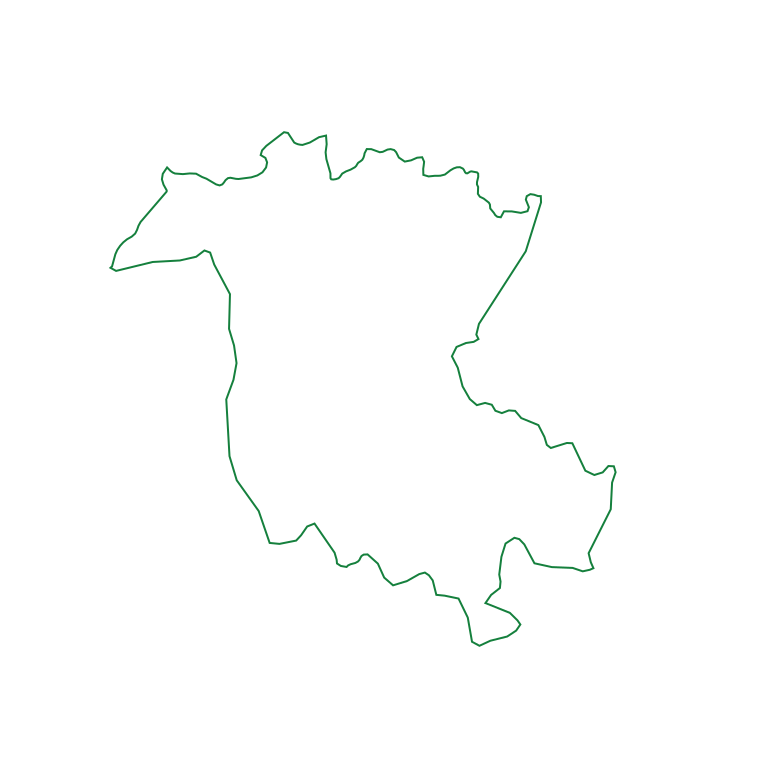 the border of Kermanshah, rotated 69°
{"feature_id": "IRN-3239", "entity_name": "Kermanshah", "entity_type": "Province", "adm_level": 1, "iso_a3": "IRN", "parent_name": "Iran", "parent_adm1": "", "projection": "orthographic", "projection_center": [46.364, 34.459], "detail": "fine", "context": "isolated", "style": "outline", "palette": "green", "viewbox_px": 768, "rotation_deg": 69, "n_neighbors": 0, "source": "natural_earth", "source_scale": "10m", "svg_char_len": 3117}
<svg xmlns="http://www.w3.org/2000/svg" viewBox="0 0 768 768"><g transform="rotate(69 384 384)"><path d="M262.7,185.5L259.8,183.4L259.2,179.3L261.1,176.0L263.7,172.9L264.8,170.3L270.7,172.3L310.9,204.1L361.9,273.8L371.0,280.1L375.9,279.7L376.8,285.2L375.1,292.8L375.4,303.0L382.5,310.7L395.2,309.3L414.4,311.5L428.8,309.3L437.0,304.9L437.9,296.4L442.0,290.8L448.9,289.6L453.4,284.4L453.4,276.9L456.1,271.2L465.0,268.1L477.7,254.6L490.9,253.2L499.2,253.8L503.5,251.2L504.6,234.4L506.8,229.4L537.1,227.1L544.3,220.3L544.9,211.5L541.0,203.9L543.2,198.9L549.4,199.4L557.8,206.4L582.2,217.2L615.3,253.6L624.5,254.8L631.0,254.5L631.2,258.4L630.1,265.6L623.3,273.8L615.1,292.9L605.3,307.8L584.0,310.5L577.3,313.3L574.3,317.4L576.5,327.7L587.4,336.3L603.2,344.7L610.2,346.0L616.0,348.9L619.3,359.6L624.9,367.8L642.8,348.5L652.5,344.1L657.4,342.9L661.6,349.0L663.9,359.5L661.8,376.7L662.6,388.7L656.2,394.2L632.1,389.5L611.0,391.3L603.3,403.3L599.6,410.7L584.9,408.9L578.7,410.6L574.7,413.4L574.1,419.2L576.2,433.2L575.2,447.7L564.8,453.2L549.5,454.1L537.2,460.4L536.0,464.1L536.5,466.6L537.8,468.3L539.3,469.8L540.4,471.9L540.8,474.9L540.3,479.7L540.5,482.5L541.4,484.5L538.4,489.5L534.7,492.2L531.1,491.2L523.8,490.6L489.4,498.9L489.5,506.8L495.5,515.6L498.7,522.1L495.8,538.9L491.4,547.7L457.7,546.5L421.1,556.0L396.0,554.1L341.9,536.8L326.1,523.0L311.7,514.2L294.3,510.2L277.0,508.9L244.9,495.6L211.6,499.7L199.0,499.2L195.0,503.8L197.9,513.7L195.5,530.4L187.2,556.2L182.4,593.6L177.5,597.7L176.7,595.7L166.6,588.3L163.3,585.0L160.4,580.8L158.3,576.6L156.8,572.0L156.0,566.7L154.4,562.4L151.6,559.3L148.3,556.5L145.5,553.2L126.6,518.2L126.2,517.8L125.8,517.6L125.2,517.5L118.9,518.4L113.3,518.0L108.5,515.2L104.1,508.9L108.7,506.9L110.8,505.5L112.6,503.7L116.0,496.5L117.8,489.9L120.3,484.1L125.6,479.6L128.7,476.2L137.5,469.2L139.7,466.3L139.7,463.4L138.5,461.2L136.9,458.9L135.9,455.9L136.4,453.5L139.4,448.7L140.5,446.3L143.5,433.9L143.9,427.5L142.8,421.6L139.6,416.5L135.2,413.7L130.4,413.7L126.1,417.1L122.2,414.1L119.5,408.5L113.1,387.1L115.2,383.7L126.4,381.3L128.0,379.9L129.4,378.3L130.6,376.4L131.6,374.4L132.0,366.7L130.3,356.2L131.3,349.1L139.6,351.6L146.8,355.5L153.4,357.2L168.1,358.5L172.7,360.2L174.0,359.9L174.9,358.2L175.5,355.5L175.6,352.7L174.9,351.0L172.6,347.6L171.9,343.2L171.9,338.4L171.2,333.5L170.4,331.7L169.3,330.4L168.2,328.8L167.6,326.0L166.9,323.9L165.3,322.0L163.4,320.5L161.7,319.5L158.5,315.9L160.2,311.7L166.1,304.9L166.8,302.0L166.4,296.7L167.1,293.6L169.2,290.7L171.9,289.6L177.9,289.0L183.8,284.9L184.9,278.6L184.6,272.0L186.0,267.1L190.9,266.9L194.7,268.9L197.2,270.3L202.9,272.3L206.2,268.0L207.9,261.7L209.7,257.0L210.3,252.1L208.3,245.4L207.7,241.8L207.8,238.4L208.8,235.4L211.1,233.2L212.5,232.7L215.5,232.4L216.7,231.8L217.2,230.6L216.6,227.4L216.8,226.2L219.8,221.3L221.3,220.7L224.4,221.8L228.8,224.8L231.0,225.7L233.8,225.5L240.1,228.2L243.5,227.4L246.6,224.5L252.3,221.1L254.4,220.8L258.2,221.9L263.6,220.1L266.2,219.6L268.5,218.3L270.2,215.2L265.8,210.1L268.7,202.8L273.3,194.9L274.1,188.1L270.9,185.4L262.7,185.5Z" fill="none" stroke="#15803d" stroke-width="2"/></g></svg>